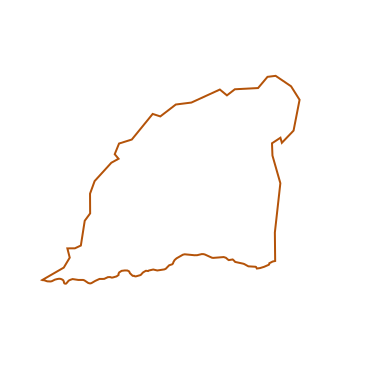 outline of Elbert, Georgia, United States of America, rotated 113°
{"feature_id": "52423323B69267634512958", "entity_name": "Elbert", "entity_type": "district", "adm_level": 2, "iso_a3": "USA", "parent_name": "United States of America", "parent_adm1": "Georgia", "projection": "robinson", "projection_center": [-82.718, 34.122], "detail": "fine", "context": "isolated", "style": "outline", "palette": "amber", "viewbox_px": 384, "rotation_deg": 113, "n_neighbors": 0, "source": "geoboundaries", "source_scale": "gbopen_adm2", "svg_char_len": 1732}
<svg xmlns="http://www.w3.org/2000/svg" viewBox="0 0 384 384"><g transform="rotate(113 192 192)"><path d="M223.0,88.5L196.9,99.9L149.4,114.1L127.0,132.2L115.9,137.4L107.5,131.8L111.6,128.5L95.8,122.5L65.1,129.0L56.0,142.1L52.4,160.4L56.5,167.5L70.5,171.8L80.7,192.7L89.4,197.6L86.8,206.4L109.9,227.5L117.8,241.1L134.8,250.7L135.5,258.7L167.2,267.9L175.9,278.1L187.4,277.9L190.1,272.6L196.6,277.7L220.0,285.9L233.4,285.2L251.5,277.4L260.4,279.5L284.7,273.4L289.6,277.8L292.6,284.7L300.2,278.9L311.7,280.5L331.6,295.5L331.6,295.4L331.0,293.6L330.8,290.4L329.7,287.4L328.9,286.2L326.3,284.0L324.9,282.2L323.8,280.5L323.3,278.9L323.3,277.2L323.6,276.0L324.5,275.0L325.5,274.4L326.0,273.6L325.9,272.9L325.6,272.2L324.8,271.8L321.8,270.9L320.4,269.7L318.8,267.9L317.4,262.4L316.1,259.3L315.5,257.9L315.4,256.5L316.3,251.9L316.0,250.1L315.2,249.0L311.6,246.3L308.2,243.2L306.3,238.9L303.2,236.1L302.3,234.1L302.2,232.6L301.7,231.6L299.2,228.5L297.1,227.2L295.8,227.7L294.5,227.6L292.1,226.0L290.4,223.1L289.5,220.7L289.7,218.8L291.0,217.4L292.2,214.3L292.3,213.5L292.1,213.1L291.8,212.7L291.9,211.5L291.6,210.7L288.8,207.2L288.2,206.7L286.1,206.0L285.1,205.6L282.8,203.9L282.5,203.6L281.9,201.5L281.1,201.0L278.5,197.4L277.8,193.3L274.1,187.3L273.0,186.2L268.4,184.4L266.3,182.0L265.3,181.6L263.6,181.7L261.4,181.4L259.1,180.3L253.3,175.9L252.2,174.4L249.2,164.9L248.1,162.5L245.3,158.7L244.7,157.1L244.5,155.8L244.7,147.9L244.3,146.6L239.5,137.4L239.4,136.3L239.3,135.1L240.2,132.3L240.3,131.5L238.2,128.2L238.7,126.7L239.5,124.9L238.0,117.0L237.9,115.8L238.4,111.1L236.0,104.3L236.0,103.8L237.1,102.4L235.4,99.6L232.7,96.4L229.1,93.0L228.6,92.7L227.4,93.0L224.5,90.6L223.0,88.5Z" fill="none" stroke="#b45309" stroke-width="2"/></g></svg>